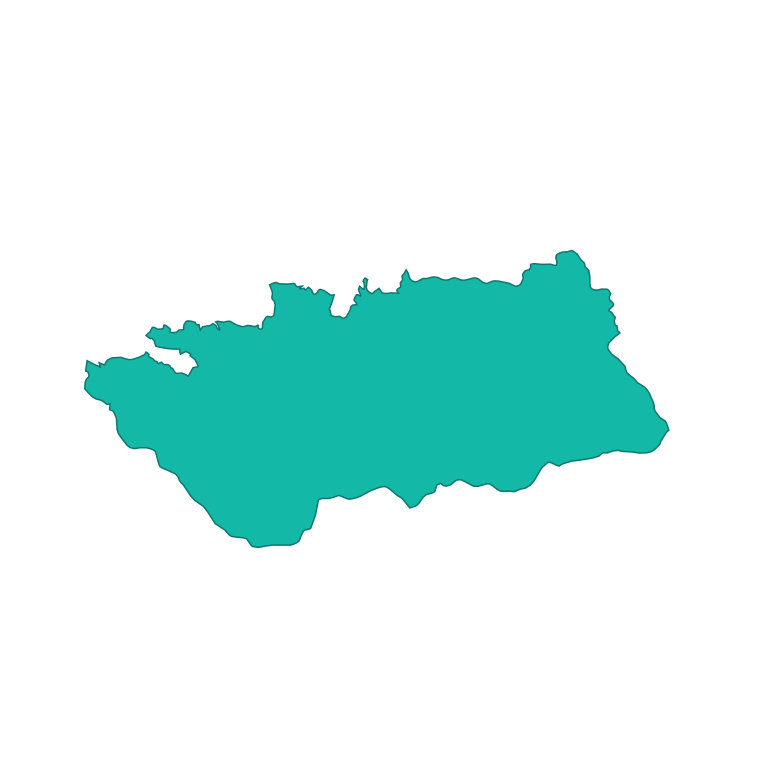 Tam Dao, Vĩnh Phúc, Vietnam, rotated 118°
{"feature_id": "81297802B33900605812276", "entity_name": "Tam Dao", "entity_type": "district", "adm_level": 2, "iso_a3": "VNM", "parent_name": "Vietnam", "parent_adm1": "Vĩnh Phúc", "projection": "robinson", "projection_center": [105.582, 21.459], "detail": "fine", "context": "isolated", "style": "filled", "palette": "teal", "viewbox_px": 768, "rotation_deg": 118, "n_neighbors": 0, "source": "geoboundaries", "source_scale": "gbopen_adm2", "svg_char_len": 6171}
<svg xmlns="http://www.w3.org/2000/svg" viewBox="0 0 768 768"><g transform="rotate(118 384 384)"><path d="M589.2,423.7L587.3,418.3L582.7,412.5L578.4,406.5L570.6,391.8L569.4,390.2L567.5,388.3L564.9,386.4L562.8,385.5L561.3,385.4L556.0,386.1L551.2,386.0L550.2,385.4L546.8,381.6L545.8,381.0L532.2,382.9L517.5,387.3L516.5,387.3L514.1,384.8L511.0,379.1L508.1,375.7L503.8,371.8L503.3,370.4L502.6,362.8L502.1,360.9L500.8,358.9L498.0,355.6L494.2,352.2L484.5,345.7L478.7,340.7L475.5,337.3L474.3,335.4L473.9,334.0L473.8,332.0L474.1,329.3L476.1,320.1L476.5,314.3L481.3,302.9L476.2,298.3L473.3,297.2L465.8,296.4L461.9,294.8L457.6,290.3L455.4,288.7L448.1,289.9L445.2,287.4L445.8,283.5L444.8,280.8L441.5,277.7L437.1,276.0L435.2,275.0L433.9,273.8L432.6,271.3L432.2,269.9L432.2,257.5L431.6,255.5L430.1,252.8L423.9,246.4L422.9,244.8L422.6,243.2L423.0,239.2L423.9,234.8L423.9,231.0L422.7,228.0L419.8,223.3L418.3,219.3L417.5,218.0L413.0,214.5L409.8,210.5L406.7,208.5L404.0,207.2L399.0,206.0L385.2,205.5L382.6,205.0L376.2,202.4L375.4,201.3L375.1,200.1L374.7,193.1L374.2,190.9L371.5,189.5L370.1,188.3L364.1,182.2L356.1,171.0L350.5,164.1L346.6,160.3L343.2,159.1L341.5,157.8L340.4,155.1L339.7,154.0L338.4,153.1L335.2,149.9L332.8,146.2L330.9,140.2L327.5,133.1L325.2,126.4L321.5,119.8L318.6,116.6L316.2,115.0L312.4,113.4L307.5,112.2L305.1,112.7L296.6,112.2L294.1,111.9L290.9,110.9L286.2,115.9L284.6,118.7L284.2,124.4L280.7,131.9L278.6,134.0L276.5,135.1L274.2,137.1L268.2,144.6L266.3,147.7L264.7,151.3L264.3,153.3L263.9,160.7L261.7,166.3L260.8,172.4L259.5,175.4L257.9,177.3L255.8,178.8L255.0,180.1L251.8,189.3L251.3,193.8L250.7,196.9L249.1,200.6L248.0,202.5L246.7,203.6L245.2,204.2L242.4,204.8L234.4,202.5L228.2,199.7L227.7,200.8L227.3,202.8L223.4,205.4L223.7,206.8L223.3,207.8L221.0,209.7L219.6,210.5L217.0,210.9L216.2,211.7L215.7,213.5L213.9,216.4L213.8,219.6L213.6,219.8L212.4,220.1L208.0,218.5L206.5,218.6L205.9,218.8L205.0,220.0L203.6,224.4L201.5,225.9L197.7,226.3L195.8,229.9L195.6,231.5L198.1,236.6L200.4,239.0L201.7,241.2L202.4,243.4L202.4,245.3L202.0,246.5L201.3,247.4L199.0,249.1L193.1,252.3L188.0,256.2L187.2,257.7L185.9,261.6L183.2,263.8L181.9,268.4L178.6,274.4L177.9,279.3L178.1,281.0L181.3,284.3L184.0,288.7L186.8,291.1L188.0,291.9L190.2,292.2L192.1,291.4L194.0,289.6L196.5,287.9L197.9,287.6L199.0,288.4L200.1,293.3L204.3,300.8L207.4,308.3L209.3,310.5L210.2,310.5L212.1,309.4L213.4,309.1L215.4,310.1L217.8,312.5L220.9,313.1L222.4,312.9L224.7,311.0L225.8,310.6L231.2,310.2L233.3,310.9L235.7,313.1L236.1,314.1L236.3,320.6L239.3,331.0L241.1,334.9L242.2,336.4L246.4,339.8L247.2,340.9L247.9,344.2L247.0,349.6L247.1,352.2L248.3,354.6L254.2,361.1L255.9,364.3L256.7,369.9L257.7,372.6L262.0,376.3L263.5,378.6L264.4,381.4L264.7,386.4L266.0,390.1L267.4,392.1L270.8,395.7L272.5,399.0L277.5,402.4L279.2,404.2L279.8,408.0L278.7,410.8L274.7,414.9L272.8,418.1L277.2,418.1L279.2,418.7L280.6,418.6L283.4,416.4L287.0,417.1L290.1,415.0L291.0,415.0L293.7,416.5L295.2,416.6L295.9,416.0L297.1,414.0L300.3,420.6L303.3,424.9L304.2,427.5L304.0,429.1L301.9,433.4L305.0,434.8L306.0,435.6L308.8,436.3L309.9,437.3L310.0,439.3L309.6,441.6L309.1,442.8L307.4,444.7L301.1,447.3L299.5,447.4L299.3,450.4L301.3,450.9L303.0,450.6L303.9,449.3L306.6,447.3L309.7,446.2L310.2,446.9L309.2,451.4L312.3,450.9L313.4,450.2L316.5,446.2L317.4,446.2L317.5,449.5L318.4,450.3L323.3,450.2L324.1,449.7L325.4,446.7L326.7,445.2L328.9,448.6L330.7,449.5L331.9,449.5L334.3,448.6L342.1,448.8L344.1,449.8L345.3,451.0L345.1,454.9L347.7,459.0L348.3,463.0L344.7,465.7L343.5,467.4L338.3,468.0L328.7,469.8L330.5,472.7L329.7,481.2L330.4,484.9L332.1,485.9L334.0,485.8L336.5,486.5L337.8,487.7L336.5,490.3L335.2,491.6L334.5,493.6L334.1,496.2L337.7,497.2L337.9,497.8L336.9,499.3L337.1,499.9L339.0,501.7L339.4,503.1L339.0,503.3L336.0,502.2L338.8,506.1L338.8,507.6L337.5,509.6L337.7,511.1L340.9,515.8L344.7,523.5L345.0,526.9L346.1,528.3L350.2,531.6L354.5,526.5L356.6,524.9L360.1,523.7L361.2,523.0L362.6,519.6L365.3,517.2L374.8,513.5L375.9,513.6L377.8,515.1L379.1,518.7L380.9,519.6L386.7,519.9L391.1,517.9L392.3,517.7L393.0,518.1L393.7,519.0L393.8,520.7L392.9,521.9L391.4,522.2L391.2,522.9L393.8,524.7L396.2,531.7L399.0,534.6L400.1,536.7L401.1,542.3L400.9,549.2L401.6,550.9L404.8,554.8L406.5,559.8L407.3,561.0L408.3,561.8L408.5,560.1L411.3,556.7L412.5,554.8L413.6,554.6L413.4,556.2L412.6,558.3L411.2,560.0L410.9,563.3L413.5,564.6L415.0,566.1L416.0,567.8L418.6,571.0L422.7,571.5L418.5,575.2L419.4,576.7L419.5,577.6L419.1,578.7L418.2,579.9L418.9,583.1L420.4,586.9L421.6,588.0L425.3,588.5L428.8,587.3L429.4,586.6L430.1,586.6L430.6,587.0L432.5,590.2L435.7,591.6L436.8,593.0L438.2,595.5L438.5,597.4L436.1,598.5L435.6,599.0L434.8,603.4L434.9,605.2L435.6,606.1L438.3,605.0L439.2,605.3L441.6,609.0L441.9,610.0L441.9,613.7L442.9,615.1L448.1,615.1L450.8,616.3L453.0,616.9L453.6,611.5L452.5,610.6L453.5,607.5L457.6,603.4L457.2,600.5L454.4,592.0L452.2,586.7L449.1,580.7L451.8,579.1L453.2,577.7L448.3,574.2L448.2,569.9L448.5,568.8L450.1,568.4L451.1,562.5L455.2,556.6L456.1,556.5L459.3,560.3L469.0,560.4L468.8,563.9L469.2,567.5L471.7,571.6L472.2,572.9L471.9,574.1L469.5,578.0L469.7,579.8L468.5,581.6L468.3,583.2L468.9,585.3L470.1,587.0L470.1,588.0L469.2,590.5L469.4,591.0L471.6,592.5L471.9,593.4L470.9,594.9L471.3,597.4L470.3,600.1L470.3,604.8L468.3,605.4L467.7,606.8L467.5,609.1L470.5,609.2L475.7,613.1L480.7,618.0L482.4,621.2L483.3,624.7L483.9,628.7L488.7,636.5L492.5,639.3L495.5,639.8L498.4,639.7L498.9,645.5L502.2,642.7L502.7,647.9L502.8,657.1L512.6,653.5L512.3,652.0L512.5,650.8L514.9,648.4L516.4,648.2L519.8,649.0L522.6,648.7L528.6,646.0L530.3,641.8L532.3,635.2L532.4,631.4L531.1,626.1L531.4,622.4L532.1,619.2L530.1,616.4L535.0,614.6L535.5,614.0L535.0,610.8L536.8,607.8L540.0,604.1L549.5,598.2L552.2,595.6L555.4,589.6L558.7,582.0L559.3,578.7L558.5,574.5L555.0,569.7L551.7,563.6L550.8,559.5L550.5,555.6L550.9,554.4L552.5,552.5L558.2,547.3L561.3,544.1L562.0,542.9L562.3,540.7L561.2,527.3L561.5,524.9L563.2,521.4L565.0,519.6L566.4,516.9L567.3,513.8L573.6,502.1L575.6,496.7L576.8,486.1L579.5,480.0L586.6,467.3L587.5,456.3L589.9,449.9L590.1,447.4L590.0,446.5L585.8,435.7L585.1,432.7L589.0,425.1L589.2,423.7Z" fill="#14b8a6" stroke="#0f766e" stroke-width="1.5"/></g></svg>